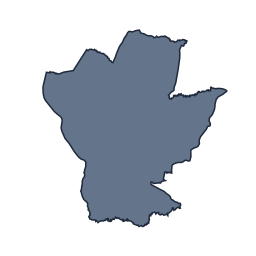 outline of Thung Si Udom, Ubon Ratchathani, Thailand, rotated 10°
{"feature_id": "78962969B14967279450618", "entity_name": "Thung Si Udom", "entity_type": "district", "adm_level": 2, "iso_a3": "THA", "parent_name": "Thailand", "parent_adm1": "Ubon Ratchathani", "projection": "robinson", "projection_center": [104.937, 14.739], "detail": "fine", "context": "isolated", "style": "filled", "palette": "slate", "viewbox_px": 256, "rotation_deg": 10, "n_neighbors": 0, "source": "geoboundaries", "source_scale": "gbopen_adm2", "svg_char_len": 5842}
<svg xmlns="http://www.w3.org/2000/svg" viewBox="0 0 256 256"><g transform="rotate(10 128 128)"><path d="M56.6,127.0L59.9,128.7L61.6,130.9L61.9,132.4L62.1,139.2L62.4,140.4L63.8,143.2L67.8,149.2L72.9,153.6L79.6,161.0L84.3,165.1L87.1,166.7L90.4,167.3L92.3,168.8L93.1,173.1L92.6,176.8L92.7,178.7L92.3,179.6L92.9,180.0L93.7,183.0L92.5,185.7L92.2,188.4L92.6,190.4L92.7,192.4L92.5,193.0L92.8,195.9L92.6,197.1L92.8,197.3L92.4,198.5L92.8,198.8L94.8,203.1L96.8,206.0L100.8,208.5L101.4,209.4L101.7,212.1L102.1,212.3L102.7,213.8L103.2,214.2L102.9,215.5L104.4,216.5L104.7,217.4L105.3,218.0L105.4,219.3L105.9,220.0L105.4,220.3L104.8,222.4L105.7,223.0L106.1,224.2L107.3,224.2L108.3,224.8L111.8,224.3L112.1,224.4L112.4,225.5L113.1,224.7L114.8,226.4L116.4,224.6L117.8,224.4L118.4,223.7L120.1,223.8L121.0,222.8L121.6,223.0L122.3,221.3L123.6,221.3L123.8,220.6L124.4,220.6L124.6,220.9L124.6,221.2L124.1,221.2L124.1,221.8L123.5,222.0L123.6,222.4L124.2,222.8L126.5,223.2L126.7,222.8L127.5,222.7L127.5,222.2L126.5,222.1L126.7,221.5L127.3,221.3L127.6,222.0L127.9,222.1L128.5,220.5L128.9,220.1L129.3,219.9L129.9,220.4L130.3,220.4L131.3,218.0L132.3,218.7L132.6,218.2L133.0,218.2L133.7,218.8L134.8,218.2L135.3,218.9L137.3,219.6L137.9,219.6L138.8,218.8L139.0,219.1L139.1,220.6L140.0,220.7L140.4,220.4L140.2,219.6L143.7,219.5L143.6,219.1L142.6,218.1L143.2,217.7L143.7,218.4L145.2,219.3L147.1,219.0L149.2,220.7L150.1,220.6L150.1,221.4L150.8,221.8L152.5,221.9L153.8,222.3L154.8,221.9L155.8,223.1L158.2,221.7L159.0,222.4L159.8,222.4L161.0,221.6L161.2,220.1L161.9,220.1L162.3,220.5L162.7,220.4L163.2,219.6L163.0,218.9L163.9,219.0L164.1,218.0L164.5,218.3L165.0,217.9L164.6,216.2L164.9,215.6L164.6,215.1L165.0,214.3L164.4,213.2L164.3,210.1L165.1,209.7L165.6,210.5L165.8,210.4L165.3,208.9L165.7,208.7L166.6,208.7L166.6,207.3L167.2,207.2L167.5,206.7L168.9,206.4L170.0,206.9L170.1,207.6L170.4,207.9L171.0,206.4L172.1,206.5L172.7,205.9L173.3,207.4L174.7,208.0L175.7,207.6L175.8,207.0L177.0,206.9L178.2,207.6L178.7,207.6L179.0,207.3L180.4,206.8L181.1,205.9L182.4,207.3L182.3,206.0L182.1,205.6L181.8,205.7L181.6,205.0L183.0,204.6L184.7,202.6L185.5,201.2L185.7,199.0L186.3,198.9L186.4,199.9L186.8,199.9L187.4,200.9L187.7,200.3L188.3,200.5L188.8,200.2L189.3,199.0L190.9,197.3L191.4,197.3L191.7,197.7L192.2,197.7L192.9,198.2L193.5,197.9L193.1,197.2L192.5,196.9L192.8,195.5L193.2,195.3L193.1,194.0L192.4,193.1L190.5,193.5L189.9,192.7L186.8,192.4L185.4,191.4L183.7,191.0L182.6,190.3L181.6,188.3L179.8,187.0L177.6,186.1L174.8,184.3L161.3,180.0L160.4,179.2L160.0,177.7L160.2,177.2L160.6,177.1L161.6,177.3L162.5,178.3L167.9,176.7L168.2,176.3L169.2,176.8L169.8,176.2L170.3,175.0L172.2,173.9L173.9,173.3L171.7,172.4L171.9,166.4L171.6,165.5L172.0,165.1L172.3,165.2L172.7,164.6L173.7,164.9L173.8,165.4L174.1,165.1L174.4,165.3L174.6,164.7L174.9,164.6L175.8,165.0L176.5,164.5L176.7,164.8L178.3,164.4L178.6,164.9L178.9,164.9L178.6,163.1L178.2,163.1L178.1,159.4L177.8,157.9L178.4,156.2L180.8,154.4L183.6,153.2L186.4,152.7L187.8,152.0L190.1,149.7L193.5,150.0L194.0,149.9L194.7,149.1L194.9,145.0L193.8,139.6L194.0,138.4L196.3,136.4L199.5,134.5L200.0,134.0L201.1,131.2L200.2,127.7L200.9,124.1L205.5,115.4L206.0,112.9L206.7,112.3L207.9,112.0L208.5,111.2L208.4,109.5L206.6,106.8L206.5,103.9L208.8,100.0L209.9,94.9L209.9,92.2L209.6,89.5L209.9,84.7L211.3,81.8L215.8,78.1L217.5,76.0L218.7,75.0L218.8,74.2L217.2,73.4L214.5,73.0L212.5,73.0L209.1,73.5L207.8,74.1L203.3,73.9L202.7,73.3L202.3,73.9L202.8,75.2L202.7,77.0L201.9,77.1L201.8,76.7L200.6,76.5L200.4,77.3L199.9,76.8L199.4,77.2L199.0,77.1L198.7,77.9L197.4,78.5L197.1,78.9L196.2,78.7L195.9,79.2L194.9,78.8L193.7,80.2L192.1,80.5L191.9,79.8L191.3,79.7L190.2,80.9L190.1,81.5L190.5,82.0L190.1,82.9L189.6,83.2L189.3,82.8L188.6,82.7L188.4,84.3L187.5,83.4L186.8,84.4L185.7,84.2L185.4,84.8L184.8,84.7L183.8,84.9L184.0,85.6L183.7,86.4L183.1,85.5L182.9,86.1L182.3,85.8L182.0,86.3L181.4,86.5L180.5,85.9L179.9,86.8L180.2,87.3L179.7,87.5L179.3,87.2L178.8,86.2L177.7,87.0L177.5,87.5L177.1,87.2L176.9,86.0L174.1,86.4L174.0,86.1L174.7,85.7L174.3,85.0L173.4,85.7L173.3,86.3L172.5,85.7L172.0,85.8L171.9,87.3L171.4,86.9L170.9,87.0L170.9,87.7L170.1,87.8L169.9,88.3L169.1,87.6L168.6,88.0L168.1,87.9L168.2,88.5L167.3,88.4L167.4,89.7L167.2,90.3L165.6,91.1L165.6,91.9L165.1,91.6L164.9,92.0L163.7,91.9L163.4,91.2L163.3,89.8L162.2,88.7L162.9,87.9L163.6,86.3L165.3,84.2L166.1,83.7L166.7,82.7L166.4,80.0L167.2,75.1L167.2,61.2L166.8,50.3L166.2,46.1L165.2,42.0L166.4,37.4L168.5,37.7L168.8,36.7L168.8,35.7L169.3,34.7L170.0,34.8L170.5,34.3L170.3,33.0L170.8,32.8L170.8,31.9L169.8,31.8L169.1,32.1L168.5,31.8L168.5,31.4L166.7,31.3L165.9,32.1L163.9,32.4L163.8,32.9L163.5,32.8L163.3,33.2L162.0,32.7L160.8,34.6L158.9,35.4L158.7,35.0L158.2,35.0L158.0,34.7L156.2,34.7L155.0,35.1L154.4,34.4L154.1,34.5L154.1,33.5L153.1,33.2L152.8,32.9L152.8,32.4L151.7,32.4L149.7,31.4L148.8,31.7L148.4,31.0L147.2,31.5L147.1,31.8L144.7,32.0L142.3,33.4L141.4,33.4L140.3,32.6L139.0,34.2L137.8,34.6L137.1,33.8L136.3,33.5L134.5,33.2L132.3,33.7L129.0,33.1L127.2,32.3L126.5,32.5L123.9,32.1L123.5,31.3L122.7,30.6L122.6,30.0L122.1,29.6L118.9,30.7L115.7,32.6L112.4,32.6L111.8,33.1L110.9,34.8L110.4,36.5L108.5,40.8L107.8,44.1L105.4,49.3L103.7,57.0L103.3,60.1L101.8,66.2L100.4,66.0L100.3,65.5L99.5,64.8L98.5,64.8L97.4,63.8L97.5,63.2L97.1,62.8L96.3,62.8L95.6,61.8L95.2,61.8L95.3,61.2L92.7,60.2L92.2,59.4L91.3,59.4L90.6,58.9L90.1,59.2L88.5,59.1L87.6,58.7L87.1,58.1L86.1,58.8L85.5,58.6L85.3,58.3L84.7,58.5L84.5,58.2L84.1,58.2L84.0,57.5L82.9,57.5L82.9,57.1L82.5,57.2L81.5,56.4L81.1,57.2L79.1,57.0L78.6,56.7L77.9,57.1L76.5,57.1L76.0,57.8L75.1,58.4L75.0,58.7L73.7,58.0L64.1,81.0L54.9,84.2L50.5,86.9L48.1,86.6L47.9,87.2L47.0,87.0L47.1,86.6L44.4,86.0L43.3,86.5L41.5,86.1L41.4,87.2L38.0,87.3L37.2,100.4L37.2,102.8L38.5,108.8L40.2,112.9L41.8,115.1L52.6,124.6L56.6,127.0Z" fill="#64748b" stroke="#1e293b" stroke-width="1.5"/></g></svg>